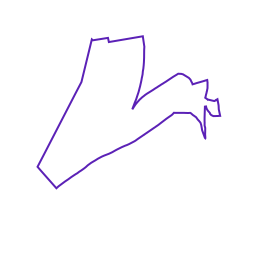 outline of Kesm than Al Raml, Al Iskandariyah, Egypt, rotated 119°
{"feature_id": "37247803B61972877463363", "entity_name": "Kesm than Al Raml", "entity_type": "district", "adm_level": 2, "iso_a3": "EGY", "parent_name": "Egypt", "parent_adm1": "Al Iskandariyah", "projection": "albers", "projection_center": [29.979, 31.211], "detail": "fine", "context": "isolated", "style": "outline", "palette": "violet", "viewbox_px": 256, "rotation_deg": 119, "n_neighbors": 0, "source": "geoboundaries", "source_scale": "gbopen_adm2", "svg_char_len": 2833}
<svg xmlns="http://www.w3.org/2000/svg" viewBox="0 0 256 256"><g transform="rotate(119 128 128)"><path d="M110.4,191.0L122.8,190.7L190.9,188.7L205.8,188.3L207.6,183.4L215.4,161.4L212.7,160.5L209.6,159.1L205.2,157.1L201.9,155.4L198.4,153.8L195.3,152.2L193.8,151.4L192.1,150.4L190.0,149.5L187.8,148.3L184.9,146.9L182.8,146.0L180.1,145.1L176.4,143.4L174.5,142.3L172.5,141.1L171.6,140.6L169.4,139.4L165.7,137.0L163.6,135.4L159.8,132.2L156.9,130.1L153.6,128.1L151.9,127.0L147.7,124.1L144.7,121.8L143.6,120.8L141.6,119.3L140.4,118.5L136.3,115.8L135.0,115.1L134.5,114.9L132.6,114.0L120.9,108.1L110.5,102.9L107.9,101.8L102.9,99.6L101.5,99.0L98.8,97.7L95.8,96.2L94.8,95.8L92.4,95.2L92.1,94.5L89.8,90.3L89.2,89.2L88.8,88.5L87.8,86.7L85.7,82.6L84.6,80.9L84.6,80.2L85.2,77.4L85.3,76.0L85.4,75.3L85.6,73.6L86.7,71.3L87.3,69.6L87.3,69.4L87.4,69.2L88.1,67.5L88.2,67.3L88.3,67.1L89.8,65.5L92.1,63.6L94.0,62.1L99.3,56.0L99.5,55.4L99.4,55.4L98.1,56.2L96.3,57.4L94.0,58.6L91.4,60.0L90.5,60.5L88.7,62.2L86.7,63.3L86.1,63.6L85.0,64.3L81.9,66.0L76.1,69.0L72.0,71.1L71.3,70.2L71.5,70.0L71.7,69.9L72.3,69.3L72.7,68.9L73.4,67.9L73.8,67.2L74.3,66.1L75.1,63.8L75.5,63.4L75.8,63.0L75.9,62.9L75.9,62.7L76.2,62.0L76.2,61.9L76.3,61.7L76.3,59.8L76.1,59.0L76.1,58.9L76.0,58.7L75.5,57.9L73.8,55.0L73.4,54.5L72.7,53.3L67.6,57.7L65.0,59.3L64.1,59.9L61.4,62.1L59.5,63.7L59.7,63.8L59.9,64.0L60.3,64.3L60.6,64.5L60.7,64.3L60.9,64.2L61.7,64.9L62.6,65.6L63.2,67.7L64.0,70.6L64.4,72.1L64.5,72.1L64.4,72.5L64.3,73.4L64.1,75.1L62.7,75.4L61.8,75.7L60.3,76.1L59.0,76.4L58.3,76.7L57.2,76.9L56.7,77.1L56.2,77.3L55.1,77.6L54.0,78.1L53.5,78.4L52.7,78.8L51.8,79.3L50.8,79.9L49.9,80.3L49.0,81.0L48.1,81.6L47.6,82.0L48.3,82.7L50.8,85.1L51.8,86.1L55.7,90.0L57.0,91.2L58.5,92.7L57.7,93.5L57.0,94.6L56.2,95.8L55.5,96.7L55.5,96.8L55.4,96.9L54.7,99.0L54.6,100.8L54.4,105.8L54.4,106.1L54.5,106.3L54.8,107.6L56.2,110.4L58.2,111.5L61.3,113.3L67.9,116.7L69.1,117.3L69.8,117.7L70.7,118.2L71.4,118.6L72.4,119.1L73.2,119.6L73.9,120.0L74.7,120.4L74.9,120.5L75.1,120.6L75.7,120.9L76.5,121.4L77.5,121.9L78.3,122.3L79.0,122.7L79.5,123.0L80.6,123.6L82.4,124.5L85.3,126.1L87.1,127.1L88.5,127.9L90.7,129.0L91.7,129.4L92.7,129.8L94.0,130.4L94.9,130.7L95.5,130.9L96.2,131.1L96.4,131.2L96.7,131.3L97.3,131.5L98.1,131.7L99.5,132.0L100.7,132.3L101.3,132.4L102.3,132.6L103.3,132.8L104.3,132.9L105.6,133.0L106.5,133.1L108.9,133.2L109.5,133.3L109.1,133.4L102.2,134.4L100.4,134.6L98.8,134.8L97.8,135.0L96.2,135.3L94.1,135.7L92.4,136.0L91.4,136.2L89.8,136.6L88.6,136.9L87.5,137.2L85.8,137.6L83.8,138.2L82.4,138.6L80.4,139.2L79.5,139.5L78.9,139.7L77.2,140.3L76.7,140.4L73.9,141.3L71.2,142.5L68.8,143.3L65.5,144.7L62.9,145.9L61.1,146.8L58.5,148.1L56.5,149.2L54.3,150.4L51.7,151.8L49.0,153.1L40.6,159.5L62.1,186.4L58.9,189.2L68.3,201.2L68.0,202.6L110.4,191.0Z" fill="none" stroke="#5b21b6" stroke-width="2"/></g></svg>